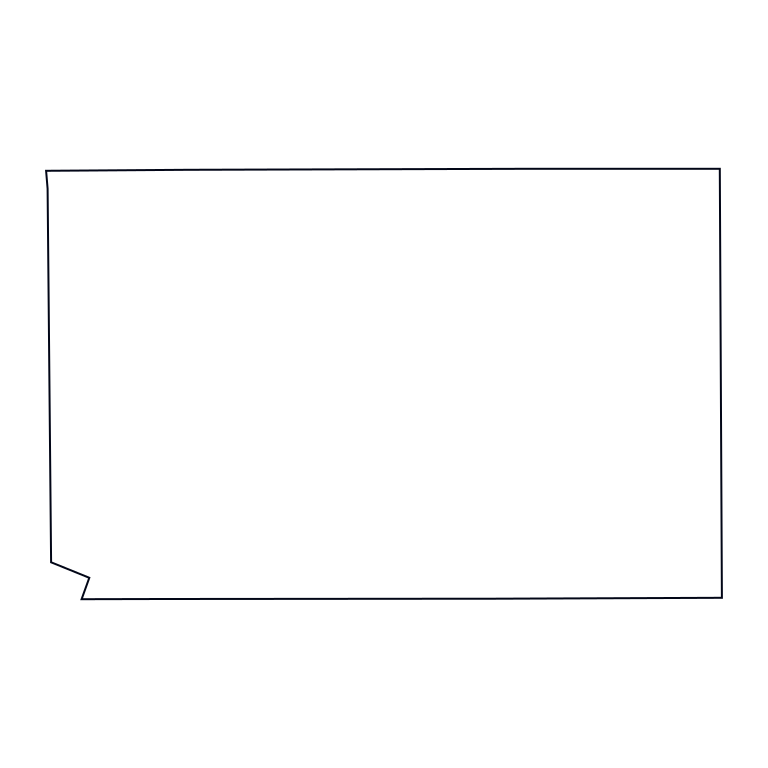 outline of Hutchinson, South Dakota, United States of America
{"feature_id": "52423323B28340480700764", "entity_name": "Hutchinson", "entity_type": "district", "adm_level": 2, "iso_a3": "USA", "parent_name": "United States of America", "parent_adm1": "South Dakota", "projection": "mercator", "projection_center": [-97.883, 43.334], "detail": "fine", "context": "isolated", "style": "outline", "palette": "ink", "viewbox_px": 768, "rotation_deg": 0, "n_neighbors": 0, "source": "geoboundaries", "source_scale": "gbopen_adm2", "svg_char_len": 265}
<svg xmlns="http://www.w3.org/2000/svg" viewBox="0 0 768 768"><path d="M46.1,170.8L47.6,188.8L51.1,562.3L89.3,577.8L81.6,599.2L162.9,599.0L496.8,598.7L721.9,597.8L719.8,168.8L525.6,168.8L187.9,169.8L46.1,170.8Z" fill="none" stroke="#020617" stroke-width="2"/></svg>